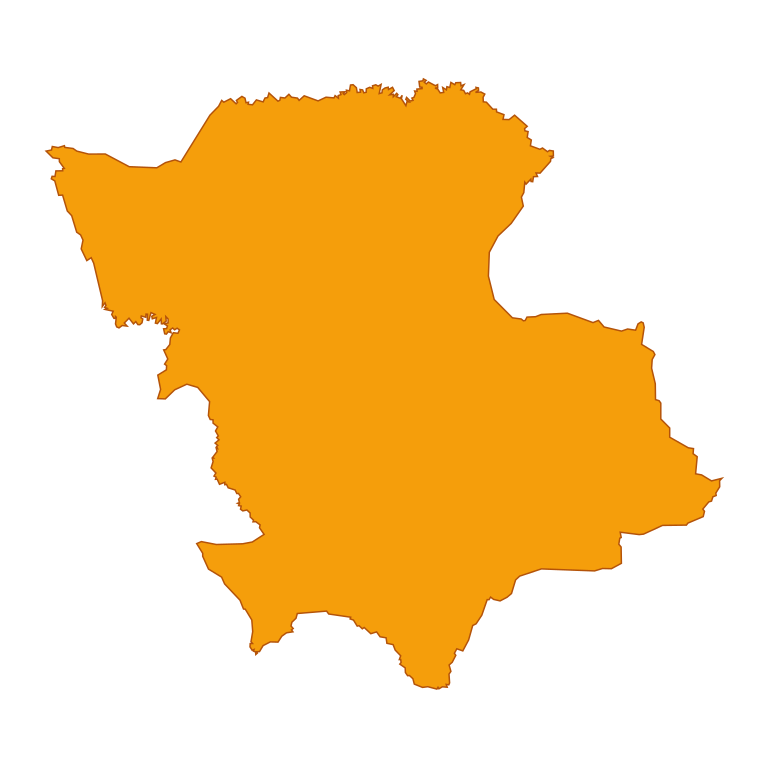 the district of Phu Khiao, Chaiyaphum, Thailand
{"feature_id": "78962969B29534138617955", "entity_name": "Phu Khiao", "entity_type": "district", "adm_level": 2, "iso_a3": "THA", "parent_name": "Thailand", "parent_adm1": "Chaiyaphum", "projection": "albers", "projection_center": [102.134, 16.339], "detail": "fine", "context": "isolated", "style": "filled", "palette": "amber", "viewbox_px": 768, "rotation_deg": 0, "n_neighbors": 0, "source": "geoboundaries", "source_scale": "gbopen_adm2", "svg_char_len": 5981}
<svg xmlns="http://www.w3.org/2000/svg" viewBox="0 0 768 768"><path d="M550.5,161.4L550.8,158.7L553.0,157.6L550.5,156.3L553.4,156.0L553.3,151.0L549.5,150.4L547.5,151.7L542.5,148.0L539.9,149.3L530.4,145.8L531.3,140.0L527.2,137.5L528.1,131.6L524.9,130.8L524.6,128.6L527.2,126.3L514.6,115.2L509.1,119.6L503.0,119.4L504.0,114.7L496.6,111.9L496.4,109.2L492.8,109.2L486.4,102.2L483.3,101.8L483.1,97.3L484.8,94.1L480.9,92.0L475.5,92.4L478.6,90.4L478.4,87.9L476.0,87.4L476.3,88.7L470.1,91.8L469.5,94.3L467.6,92.9L465.5,93.7L463.7,90.4L460.8,89.8L464.0,84.6L461.0,85.8L460.6,82.5L455.8,82.7L454.8,84.7L450.9,82.4L449.8,87.5L446.9,86.7L446.4,89.8L442.7,87.5L443.7,92.4L440.2,92.9L437.7,89.1L435.0,88.1L437.7,87.7L437.6,84.6L435.4,85.7L428.4,82.0L426.3,83.9L424.3,82.2L426.2,80.4L423.4,78.9L422.9,80.8L419.0,81.4L419.7,87.0L422.1,87.3L422.1,88.6L416.9,89.1L417.1,91.3L414.6,91.0L415.5,93.7L413.9,97.4L411.9,98.1L413.0,100.4L410.2,101.0L406.6,97.4L405.8,99.4L408.8,101.9L407.0,101.6L405.9,105.7L401.4,98.7L402.2,95.3L400.2,98.2L396.3,96.7L397.9,94.7L396.7,93.3L393.3,96.7L393.3,94.3L389.7,94.8L394.2,90.6L392.5,87.3L388.5,89.5L388.2,87.2L385.0,88.0L382.3,89.9L382.0,92.8L379.2,93.6L381.1,84.4L378.1,86.1L375.8,84.8L372.5,85.8L372.8,88.4L369.7,87.3L366.3,88.8L366.2,92.3L363.8,92.8L362.6,89.9L360.0,89.5L360.5,92.2L357.2,92.5L356.4,87.7L353.1,84.7L350.5,85.0L349.5,90.8L346.4,90.2L346.7,92.6L344.3,94.6L343.2,93.7L344.8,91.8L340.1,92.0L341.0,94.6L338.2,95.6L338.4,98.2L335.1,95.6L334.0,97.9L326.0,97.2L318.1,100.9L304.2,95.8L299.1,100.4L297.5,98.1L291.5,97.2L288.9,94.3L284.9,98.0L280.4,97.4L279.9,100.2L278.0,101.2L269.0,93.0L267.6,97.6L265.0,98.0L263.1,101.9L256.4,99.9L252.5,104.8L248.1,104.3L248.5,102.2L246.0,102.7L245.0,98.2L241.9,96.4L236.4,100.4L237.5,102.4L236.1,103.8L230.6,98.7L223.8,102.2L221.7,100.4L218.6,106.3L210.0,115.1L180.9,162.0L175.0,159.9L165.5,162.6L156.8,167.8L129.2,166.7L105.3,154.0L88.7,154.1L76.8,151.1L73.1,148.5L64.8,147.4L64.4,145.7L58.2,147.6L52.3,146.5L51.5,150.0L46.1,151.1L52.9,157.8L59.3,158.7L59.4,161.7L64.3,168.4L62.6,168.7L62.7,170.8L55.9,170.9L55.0,176.5L52.1,176.3L51.3,178.8L54.8,180.9L58.7,195.3L62.6,195.1L67.3,211.0L71.7,215.7L76.7,232.2L80.6,234.9L83.0,240.1L81.2,248.9L86.8,260.6L91.2,257.7L93.7,263.2L102.6,300.7L102.3,306.5L105.0,302.8L106.0,305.4L104.6,307.4L107.2,308.3L105.0,309.4L113.2,311.2L111.7,314.5L114.0,318.4L115.4,318.4L115.5,316.5L116.3,317.2L115.5,323.9L116.7,326.9L119.0,327.9L122.2,325.5L127.1,326.1L124.3,323.0L129.0,318.2L133.5,323.9L135.8,321.6L137.9,324.6L139.8,324.7L142.0,322.8L142.8,319.0L141.0,317.8L141.3,316.0L145.7,317.2L146.0,314.1L147.5,314.2L147.3,320.2L148.8,320.4L151.0,312.6L155.0,314.4L151.8,316.3L152.3,318.8L156.5,317.5L155.4,323.1L157.4,323.6L161.1,319.0L161.4,323.8L162.5,323.9L166.2,321.1L165.8,316.6L168.1,319.0L168.1,322.9L164.2,323.9L167.5,325.9L166.6,328.6L163.6,328.8L164.7,333.8L166.4,334.1L168.2,331.7L171.1,332.7L170.1,329.8L172.7,328.0L174.6,329.8L177.1,328.2L179.5,329.9L177.9,333.3L173.3,332.7L170.4,338.0L169.8,344.5L165.8,349.6L163.7,349.9L167.8,359.0L164.6,364.1L166.6,365.6L166.4,369.8L157.8,375.1L160.6,389.4L157.7,398.6L165.3,398.9L174.7,389.8L186.8,384.2L197.7,387.4L209.6,401.6L208.4,415.5L210.2,419.5L213.0,419.8L213.1,423.2L217.8,426.9L215.5,431.0L218.3,435.9L216.7,437.6L219.0,439.8L215.1,443.1L217.8,445.4L216.6,446.5L217.5,448.5L216.2,448.0L217.1,451.5L212.8,457.2L213.7,458.1L212.2,458.2L213.1,461.5L211.1,467.9L215.9,473.0L214.0,476.1L216.2,477.2L215.5,479.3L217.2,479.2L219.5,484.3L224.8,482.3L224.8,484.7L226.5,484.4L228.2,487.8L235.1,490.0L236.8,493.5L238.5,493.5L240.7,496.8L238.6,499.2L239.4,502.6L237.6,503.3L239.4,504.0L238.6,505.6L241.2,506.1L240.5,509.2L242.8,510.9L246.9,510.0L250.1,513.0L250.2,517.0L253.5,520.1L253.0,521.8L255.8,521.7L260.1,524.9L259.5,527.8L264.1,534.4L252.3,542.0L242.6,543.8L216.3,544.5L201.3,541.6L196.7,543.6L202.7,553.3L202.7,556.3L208.5,569.1L221.6,577.1L224.6,583.9L240.0,600.2L243.5,609.0L245.3,609.2L251.8,620.0L252.7,631.6L251.0,641.7L252.5,643.5L250.2,643.6L250.0,646.9L252.1,650.2L254.0,649.5L253.4,651.1L255.6,652.0L255.8,654.5L257.4,653.1L256.7,651.7L259.5,651.6L263.1,645.6L270.3,641.9L278.0,642.1L281.8,636.2L286.5,632.8L292.9,631.8L291.5,629.8L293.2,628.5L291.0,626.0L291.9,622.2L296.0,618.3L297.3,613.5L326.6,611.1L328.7,614.0L350.7,617.2L350.1,618.9L353.5,620.1L357.2,626.1L359.1,625.7L362.3,628.8L364.2,627.5L370.8,633.7L376.6,631.9L380.1,636.8L386.1,637.8L386.9,643.3L393.1,644.6L395.2,650.1L400.7,655.8L399.3,659.6L400.7,659.6L401.1,662.5L399.8,664.1L405.2,667.9L405.4,672.5L407.6,675.7L409.4,675.5L412.9,678.7L414.3,684.1L422.5,687.4L427.8,686.7L436.9,689.1L438.0,687.3L438.9,688.8L442.4,686.8L447.2,687.2L446.2,684.4L448.8,684.8L449.6,682.9L449.0,674.1L450.9,671.4L449.1,665.0L452.2,662.3L455.8,655.3L454.4,653.3L456.8,648.8L462.8,650.9L468.6,640.0L472.7,625.5L476.1,623.8L481.8,615.2L487.2,599.6L489.0,599.7L490.6,597.1L493.6,599.4L500.1,600.9L507.0,597.3L511.5,593.5L515.6,579.9L519.7,576.1L541.4,568.9L594.6,570.9L602.5,568.5L611.4,568.7L621.4,563.3L621.1,547.0L618.8,544.2L619.8,538.2L621.2,537.5L620.2,532.2L639.2,534.6L643.6,534.1L662.5,525.4L686.4,525.1L687.9,523.1L703.2,516.6L704.5,511.3L702.8,509.1L708.8,501.9L711.5,501.1L712.9,496.8L716.2,495.5L715.8,493.1L719.7,486.8L719.6,480.7L721.9,478.3L711.5,480.9L701.6,474.9L695.6,473.8L697.2,456.7L693.1,453.7L693.5,448.6L688.3,447.8L669.7,437.2L669.7,428.0L660.8,419.0L660.8,403.1L659.1,400.7L655.5,399.6L655.3,383.8L651.6,368.2L652.2,359.5L654.9,354.6L653.3,351.5L641.6,344.4L644.2,327.3L643.2,322.9L641.2,321.9L638.0,323.9L635.6,330.2L627.6,329.0L621.5,331.1L604.1,327.0L598.5,320.4L593.0,322.6L567.4,313.2L541.2,314.5L535.6,316.7L527.0,317.1L525.2,320.5L523.4,320.8L521.2,319.0L512.4,317.8L494.2,299.5L488.4,276.1L489.3,252.3L498.0,236.0L511.2,223.4L523.3,206.1L521.4,197.1L523.8,192.6L524.8,182.2L526.1,184.1L530.8,179.2L531.0,181.5L532.7,181.7L533.5,176.7L537.5,176.5L536.0,173.0L540.1,173.1L550.5,161.4Z" fill="#f59e0b" stroke="#b45309" stroke-width="1.5"/></svg>